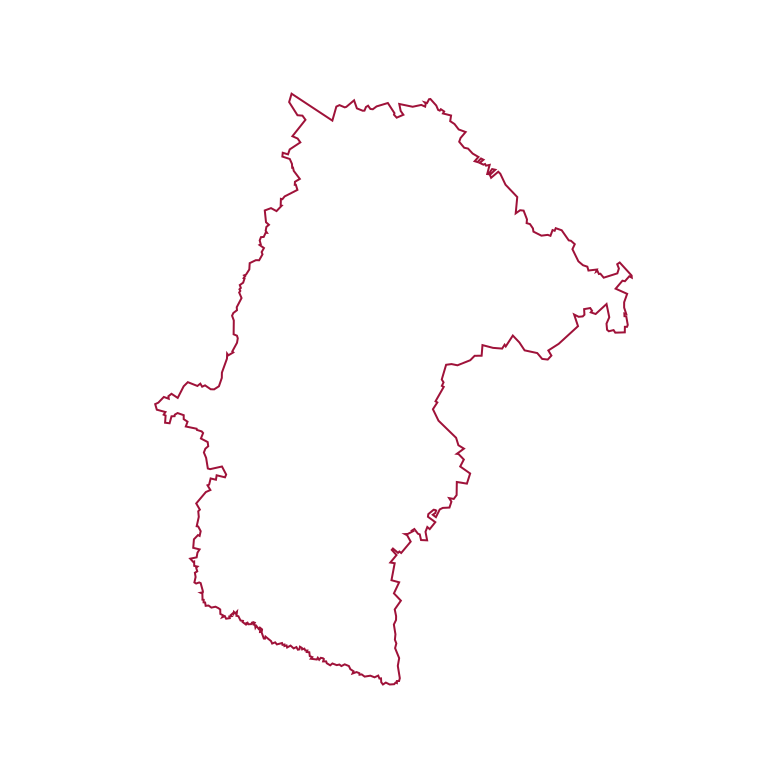 the district of Sahagún, Córdoba, Colombia, rotated 21°
{"feature_id": "7082276B34877429512170", "entity_name": "Sahagún", "entity_type": "district", "adm_level": 2, "iso_a3": "COL", "parent_name": "Colombia", "parent_adm1": "Córdoba", "projection": "albers", "projection_center": [-75.428, 8.796], "detail": "fine", "context": "isolated", "style": "outline", "palette": "rose", "viewbox_px": 768, "rotation_deg": 21, "n_neighbors": 0, "source": "geoboundaries", "source_scale": "gbopen_adm2", "svg_char_len": 6165}
<svg xmlns="http://www.w3.org/2000/svg" viewBox="0 0 768 768"><g transform="rotate(21 384 384)"><path d="M194.4,154.8L206.9,164.1L211.7,162.7L216.0,165.5L209.7,185.5L215.4,185.8L219.3,188.4L211.9,198.8L212.1,204.0L206.6,204.4L207.6,208.1L215.4,207.7L219.2,211.5L220.8,215.0L221.5,214.6L223.4,217.4L231.9,222.7L228.4,227.1L229.3,230.0L230.3,229.6L233.6,233.8L224.0,244.5L222.9,247.9L221.4,248.1L223.5,254.2L224.6,254.1L221.7,261.1L215.5,260.3L210.5,264.7L215.9,275.3L219.5,276.6L217.9,279.5L218.6,283.3L220.6,284.8L219.3,285.2L219.0,289.8L216.5,291.0L216.5,294.5L218.9,297.8L218.0,298.8L223.2,300.1L222.5,304.7L224.1,306.5L223.1,313.2L219.9,314.4L215.3,319.3L217.2,325.3L216.0,331.3L214.5,332.7L215.7,333.2L215.0,335.5L216.0,335.6L216.2,339.9L213.9,343.3L215.9,345.6L215.1,347.4L216.5,348.6L216.0,350.5L220.2,354.8L219.0,365.1L220.3,367.8L217.9,371.7L217.7,374.7L221.0,378.5L225.8,391.5L229.4,391.6L231.1,393.7L232.0,398.2L230.7,407.9L232.0,408.5L228.4,413.0L226.7,411.9L228.3,416.6L228.6,431.5L230.4,436.4L230.7,445.3L227.3,449.9L224.1,451.0L217.4,449.4L215.2,451.7L212.4,449.5L210.5,452.7L200.2,452.6L197.8,457.9L196.4,470.9L189.1,469.3L187.1,472.7L188.3,474.9L183.1,475.0L180.0,482.3L177.6,484.8L181.1,489.4L190.0,488.5L189.3,491.6L191.4,491.7L193.5,498.6L197.9,497.5L197.2,490.3L200.0,489.1L199.7,487.6L201.7,485.1L208.2,484.9L209.6,488.6L214.1,489.6L214.2,494.7L225.1,492.9L225.8,493.9L230.8,493.6L232.7,494.6L232.6,500.5L240.2,501.4L242.2,505.1L240.4,508.4L240.4,512.5L244.4,516.7L249.8,526.0L252.2,525.8L262.3,519.1L269.1,525.1L269.0,528.1L260.5,529.2L261.4,533.6L256.0,534.3L256.8,540.6L255.5,541.8L259.9,545.2L256.4,548.7L251.5,562.8L257.1,567.3L256.2,569.4L258.7,574.4L260.1,583.9L261.6,583.6L265.6,587.1L266.3,591.9L264.5,591.7L262.2,597.1L264.6,605.3L271.1,604.5L270.3,608.3L271.2,613.0L265.7,616.5L269.7,618.5L270.4,617.8L272.0,621.8L275.3,621.3L274.5,622.9L276.8,625.8L275.1,628.0L277.3,631.7L278.1,637.2L280.1,637.6L282.6,635.5L284.2,635.6L289.2,642.4L289.5,643.4L287.6,644.6L289.5,644.7L291.8,650.2L290.9,650.6L293.0,650.1L293.8,652.5L295.3,652.1L297.0,655.0L299.6,653.7L303.0,654.6L306.5,652.3L309.7,652.6L311.9,653.2L313.6,657.3L316.9,657.7L316.6,659.7L318.6,657.8L320.7,659.7L323.9,657.9L322.9,656.5L325.0,655.3L323.8,654.6L325.0,652.3L325.8,652.7L325.5,650.5L327.4,651.4L328.3,649.2L329.3,653.3L331.3,653.0L334.8,656.2L337.2,655.7L337.3,656.9L342.2,658.3L340.6,657.2L342.1,655.7L343.5,656.9L346.0,655.8L346.2,654.4L347.4,654.6L347.3,653.2L348.9,653.2L348.5,655.3L350.0,655.3L351.3,657.5L351.6,655.6L354.8,657.6L355.4,655.9L358.1,656.8L358.4,658.0L356.6,658.3L357.1,660.0L358.4,659.3L363.0,664.7L364.1,664.4L363.9,662.3L370.7,664.5L372.6,666.4L375.0,664.2L377.3,665.5L381.6,662.4L382.7,663.9L384.4,662.9L385.0,664.3L386.7,663.0L388.0,664.7L390.5,661.7L394.4,663.2L396.5,661.0L398.8,662.9L400.1,662.1L399.7,659.4L401.9,659.8L402.7,661.1L404.5,659.6L406.1,661.0L407.9,660.3L408.0,661.9L410.4,661.2L412.2,664.6L414.9,664.7L414.2,666.7L420.0,665.3L420.3,663.3L422.3,664.7L423.1,662.3L425.2,661.9L426.4,662.3L426.6,664.8L429.4,663.7L430.6,665.2L434.6,665.9L436.0,663.4L440.6,663.4L442.9,661.9L445.3,662.6L447.8,659.8L452.3,659.9L454.8,662.3L458.5,663.1L458.4,665.5L461.6,662.8L464.6,662.8L465.3,664.2L467.2,663.1L470.8,664.1L475.8,661.2L480.3,661.2L483.1,658.3L485.3,660.6L486.7,659.9L488.3,663.4L490.7,664.9L492.7,662.1L497.0,662.5L501.1,660.6L501.8,658.6L503.2,658.6L502.5,656.7L504.5,655.9L504.2,653.0L497.9,642.2L496.4,634.5L489.0,626.6L488.5,621.8L485.8,618.8L484.4,613.6L479.4,605.0L479.8,600.0L478.5,596.4L474.8,590.6L477.4,580.2L468.3,575.9L469.2,563.7L461.3,564.5L458.2,547.5L453.9,548.4L457.0,539.2L450.7,536.1L451.3,534.4L457.6,536.6L458.4,534.9L460.6,535.6L465.4,521.6L459.8,516.9L457.4,516.6L459.9,515.5L463.8,511.1L462.6,510.8L464.3,508.5L469.3,511.6L471.3,511.6L474.5,516.4L480.3,514.5L475.7,507.1L475.7,502.0L478.7,503.1L481.4,494.6L472.6,492.2L472.0,489.6L475.4,483.6L476.8,483.3L478.0,483.4L478.1,486.1L476.4,488.6L480.2,489.7L481.0,481.1L483.3,478.6L489.4,475.9L489.1,469.7L485.7,467.2L490.3,466.3L491.6,461.7L487.1,449.4L497.1,447.3L496.5,436.7L484.7,433.7L485.6,425.9L478.7,422.7L477.0,423.1L481.8,415.7L475.4,414.5L470.6,408.4L448.0,398.7L438.7,390.0L440.4,382.1L438.3,381.7L440.8,365.3L438.7,365.0L439.0,361.1L436.3,359.1L435.1,343.8L439.9,341.2L445.9,340.2L456.0,330.9L458.5,325.2L465.0,322.6L462.0,312.4L472.8,311.2L481.6,308.6L482.5,304.1L484.2,305.3L486.9,292.6L495.5,296.7L503.2,302.2L516.0,300.2L522.7,303.9L528.1,302.5L530.1,297.5L525.4,293.8L532.7,283.9L544.4,260.5L536.6,251.0L541.6,251.5L545.3,249.7L546.3,247.5L544.0,242.4L549.3,239.2L552.0,241.1L551.4,243.0L556.5,242.8L563.1,229.6L570.4,241.0L570.1,247.9L572.8,253.4L575.0,254.2L579.0,251.4L581.5,253.2L590.3,249.5L588.4,244.3L590.4,243.5L590.4,241.5L585.9,234.0L584.2,234.5L583.1,232.0L585.0,231.8L580.8,226.6L578.9,221.6L578.7,212.7L566.1,212.0L569.6,202.1L572.1,201.7L574.4,195.5L577.2,195.9L576.3,194.0L560.5,186.1L558.8,188.6L561.9,192.0L562.2,197.1L551.0,206.0L546.5,203.5L545.2,204.3L542.7,201.9L541.8,203.1L541.8,200.8L534.2,204.8L531.8,201.6L527.2,201.8L521.5,199.8L511.6,190.6L512.0,185.1L507.2,183.3L505.0,183.7L494.8,176.8L488.5,177.0L488.4,179.8L486.2,179.9L486.3,186.0L483.4,186.1L477.8,189.1L468.9,188.2L467.3,185.4L463.0,182.4L459.5,182.7L458.5,179.1L452.2,172.1L448.8,173.0L445.8,177.5L441.4,161.7L426.0,154.4L417.2,146.0L414.6,144.9L410.1,153.1L407.9,150.8L411.1,144.1L407.9,144.6L406.3,150.7L405.1,151.0L404.1,141.6L401.0,143.6L399.5,142.4L398.2,143.6L394.1,143.3L396.5,139.0L393.7,138.7L391.8,143.3L388.8,143.5L390.8,138.2L384.2,137.1L378.1,134.1L374.2,134.7L367.4,130.9L367.3,126.9L369.9,119.5L362.5,119.6L356.6,116.0L351.6,114.9L350.4,109.3L342.1,110.3L342.5,108.0L338.6,107.1L338.1,108.8L336.3,108.7L333.0,105.3L325.2,101.3L324.0,102.0L323.5,106.3L321.0,106.5L322.5,107.3L323.0,110.3L318.8,110.1L311.4,114.9L297.9,117.1L301.7,123.1L305.6,125.7L300.4,130.8L296.8,129.0L296.7,127.4L286.9,120.3L277.6,127.5L275.1,131.5L272.7,132.1L269.4,129.9L267.9,131.9L267.8,135.8L266.2,136.5L259.9,136.4L254.4,129.9L249.5,138.8L248.2,139.8L242.5,139.6L240.1,142.1L241.4,156.6L193.7,146.1L194.4,154.8Z" fill="none" stroke="#9f1239" stroke-width="2"/></g></svg>